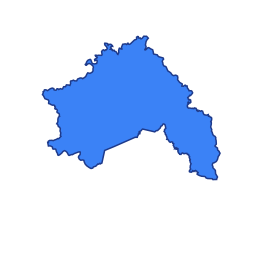 Falan, Tolima, Colombia, rotated 243°
{"feature_id": "7082276B64304249880485", "entity_name": "Falan", "entity_type": "district", "adm_level": 2, "iso_a3": "COL", "parent_name": "Colombia", "parent_adm1": "Tolima", "projection": "orthographic", "projection_center": [-74.943, 5.091], "detail": "fine", "context": "isolated", "style": "filled", "palette": "blue", "viewbox_px": 256, "rotation_deg": 243, "n_neighbors": 0, "source": "geoboundaries", "source_scale": "gbopen_adm2", "svg_char_len": 5925}
<svg xmlns="http://www.w3.org/2000/svg" viewBox="0 0 256 256"><g transform="rotate(243 128 128)"><path d="M95.5,204.9L96.0,204.6L97.2,206.2L98.9,207.1L99.8,206.9L100.1,206.3L101.6,206.0L101.9,205.1L102.5,205.0L103.5,205.6L103.8,203.7L105.3,201.9L106.5,201.7L109.1,202.1L110.0,201.3L110.0,200.2L111.1,199.5L111.0,197.9L111.5,197.7L112.3,198.2L112.5,197.2L113.9,197.6L114.7,197.5L115.0,196.9L115.6,196.6L115.3,195.6L115.6,195.1L116.2,194.9L116.2,194.1L117.8,192.0L118.1,191.1L119.2,190.4L119.9,190.8L120.5,190.7L121.6,191.5L122.0,193.2L122.4,193.2L122.7,192.6L123.7,193.1L123.7,193.6L123.0,193.7L122.1,194.8L122.6,195.9L123.4,195.8L124.3,196.5L125.4,196.0L125.2,195.3L125.6,194.8L128.1,195.1L128.2,196.3L129.1,197.8L128.5,198.4L129.6,201.1L130.1,201.6L131.9,201.6L132.6,201.1L133.5,199.3L134.5,199.5L136.5,199.1L138.7,199.7L139.1,198.6L139.9,198.7L140.2,198.4L140.3,197.6L140.0,196.3L140.9,195.0L142.0,196.0L142.7,196.3L145.2,194.7L148.5,194.1L150.3,195.3L151.8,195.7L153.4,194.6L154.0,192.4L154.4,192.0L155.5,191.4L157.8,191.1L160.9,189.4L165.1,189.7L165.8,189.4L166.7,188.3L168.6,188.0L170.3,188.6L171.7,188.7L172.7,189.7L173.2,191.0L174.5,191.1L177.4,187.9L178.5,187.4L179.9,187.3L182.2,184.5L182.7,184.4L183.8,184.9L186.5,185.5L188.3,184.1L190.2,183.0L190.5,182.1L189.6,179.2L189.9,178.6L190.4,178.7L191.0,180.1L192.4,181.1L194.0,181.2L196.8,183.3L197.9,184.8L198.8,186.9L201.3,186.2L202.6,183.7L201.5,181.4L201.5,180.0L202.8,179.7L202.9,178.9L203.4,178.3L204.7,178.7L205.2,178.0L205.0,176.8L203.6,176.3L203.2,175.7L203.5,173.8L201.9,168.4L201.9,167.1L202.5,166.5L203.6,166.5L203.7,165.9L203.1,165.2L203.0,164.7L204.2,163.8L205.0,161.3L203.0,159.0L202.4,158.6L201.2,158.5L201.4,157.8L203.0,156.7L203.0,156.4L201.3,154.8L199.5,154.1L198.1,152.4L198.4,152.2L200.8,152.1L201.6,151.9L202.6,150.8L203.5,151.0L203.8,150.6L203.9,149.4L204.3,149.2L205.0,149.5L206.2,148.0L206.6,149.4L207.7,149.1L208.2,149.9L208.3,150.6L207.7,151.4L208.3,151.5L209.3,151.2L210.4,150.7L211.0,149.4L211.2,148.9L210.7,147.8L211.1,147.7L212.0,148.2L212.4,148.1L212.9,147.7L214.1,145.9L213.7,145.4L212.3,145.1L210.3,145.7L208.4,145.7L207.7,144.8L207.5,144.0L207.9,143.4L207.5,142.4L208.8,141.6L208.8,140.4L208.0,139.1L205.3,138.3L204.7,137.5L206.3,134.6L206.5,133.6L207.5,132.5L207.6,131.8L206.5,131.7L204.9,132.7L204.5,132.2L204.3,129.4L203.0,129.0L202.8,130.5L202.3,131.1L201.2,130.7L199.7,129.4L200.4,127.0L201.5,125.7L202.4,125.5L205.6,125.8L206.1,125.7L206.4,125.2L206.6,123.3L206.2,122.1L205.5,120.9L204.4,120.0L204.1,118.8L203.3,118.8L202.8,119.4L203.4,121.4L202.9,123.0L202.1,123.7L199.3,124.9L197.9,124.8L196.7,123.7L194.8,122.8L194.0,121.4L193.9,119.0L195.4,117.2L194.8,116.0L193.0,113.6L192.5,110.3L192.6,109.9L193.4,109.6L194.3,108.1L194.5,105.3L193.3,103.7L194.2,101.9L195.4,101.1L195.5,99.5L195.9,98.4L195.5,97.8L193.7,97.1L192.3,95.5L193.2,94.7L194.4,92.7L193.2,91.1L194.0,89.5L193.8,89.0L192.6,87.6L192.6,86.8L193.8,85.6L193.7,83.8L194.7,83.4L195.2,82.6L194.4,81.2L194.7,80.3L195.7,79.4L196.8,79.8L198.0,78.6L198.3,76.6L197.8,73.3L199.3,72.2L199.9,70.9L199.8,70.6L199.0,70.0L198.8,68.7L197.9,68.6L196.5,66.9L195.6,67.3L191.8,67.3L189.2,69.7L187.8,69.7L186.2,68.5L185.5,68.6L184.7,69.6L183.8,70.0L182.6,71.1L182.1,72.3L181.3,72.8L180.3,72.4L179.7,72.8L178.5,71.6L177.8,71.8L177.4,72.8L176.2,73.1L175.6,73.0L174.8,72.1L174.0,71.9L172.2,73.1L171.3,73.0L170.0,72.3L169.5,72.4L169.2,70.9L167.8,69.6L165.3,68.3L164.1,66.4L163.2,67.0L160.9,66.6L159.8,67.4L158.1,67.4L156.2,66.1L154.3,65.9L153.2,65.3L152.3,64.4L151.0,64.5L149.9,61.4L150.5,60.7L150.4,58.7L150.6,57.7L150.7,55.6L151.5,54.7L152.5,52.5L152.4,51.1L152.0,50.6L151.4,50.5L151.6,49.9L148.1,48.9L147.4,50.6L145.7,51.9L145.3,52.0L143.8,51.5L143.2,51.7L142.3,53.6L141.8,54.0L139.3,53.5L137.3,53.6L135.9,53.2L135.3,53.5L135.1,54.8L135.8,57.8L136.5,59.1L136.7,61.0L135.8,61.9L134.1,62.6L130.9,62.7L130.3,63.1L130.0,65.4L129.5,66.4L129.6,68.7L129.1,72.9L128.5,74.4L127.9,74.4L126.1,73.3L125.4,71.5L124.8,70.8L124.3,70.5L122.2,70.5L120.7,71.3L120.1,73.1L119.2,74.0L117.7,73.6L115.2,73.5L113.0,74.1L110.2,75.6L108.7,76.7L108.3,78.4L109.0,79.5L108.6,82.0L109.6,84.9L109.0,85.5L109.3,86.8L108.5,87.3L108.7,87.8L108.6,88.8L118.6,97.0L117.8,107.3L116.5,130.1L115.5,132.0L116.2,132.6L117.4,134.3L118.0,134.6L117.5,135.8L118.0,136.1L118.1,136.5L118.3,136.6L118.8,135.9L119.3,135.9L119.6,136.2L119.6,138.4L120.3,139.8L120.4,140.6L112.4,150.1L112.8,152.0L112.3,153.2L113.4,156.8L114.6,158.0L114.6,159.5L115.6,161.0L115.4,161.7L114.4,162.4L112.9,162.2L110.5,161.5L110.1,159.9L109.3,159.6L108.6,158.6L106.9,159.0L105.7,158.4L104.5,158.8L103.9,158.5L102.7,158.6L100.9,158.1L100.3,157.4L99.7,158.4L97.0,158.6L96.1,159.1L95.9,160.5L95.1,161.3L94.1,160.9L93.2,161.6L92.0,160.4L90.6,160.6L89.9,160.3L88.9,160.5L88.5,160.2L88.7,161.9L88.1,162.1L87.6,161.2L87.3,161.1L87.0,162.2L87.4,162.8L87.0,163.1L86.6,163.1L86.0,162.3L85.0,162.4L84.4,161.8L82.8,161.7L81.7,162.2L81.1,162.1L80.4,163.2L81.1,164.7L81.0,165.3L79.6,166.2L79.5,167.1L78.6,169.0L77.4,168.9L77.1,169.7L76.5,169.9L75.4,169.6L74.5,169.9L73.8,169.1L73.3,169.2L72.5,169.0L71.8,169.2L71.7,168.8L71.0,168.7L70.9,168.2L69.8,168.2L68.8,167.8L67.6,168.0L66.1,166.4L64.3,165.3L62.9,165.2L62.3,163.6L61.6,163.0L61.1,162.9L60.5,163.4L59.8,164.6L60.2,165.4L59.8,166.2L60.4,166.4L59.8,166.9L59.7,167.7L59.1,167.9L59.5,168.3L59.5,168.9L58.8,169.2L58.4,169.6L57.1,169.7L56.5,170.3L56.2,170.1L56.2,169.2L55.3,168.6L53.3,170.0L51.6,171.7L50.0,174.3L49.2,174.8L48.2,174.8L46.9,175.9L44.5,180.1L43.5,180.2L41.9,183.6L42.3,183.8L43.7,185.5L47.5,185.3L50.6,186.6L54.2,185.6L55.2,186.2L56.5,186.2L57.5,186.8L58.2,187.9L57.9,189.1L58.1,191.5L59.3,193.4L61.7,195.5L62.2,196.7L63.8,198.6L64.9,198.4L65.8,198.6L67.7,197.9L69.6,198.6L72.1,197.3L72.8,197.6L73.4,199.2L74.0,199.6L77.3,201.0L78.1,201.0L79.7,201.9L81.1,201.7L81.9,201.1L83.5,200.6L86.2,201.1L87.2,200.9L88.6,201.9L91.3,202.1L93.8,204.1L95.5,204.9Z" fill="#3b82f6" stroke="#1e3a8a" stroke-width="1.5"/></g></svg>